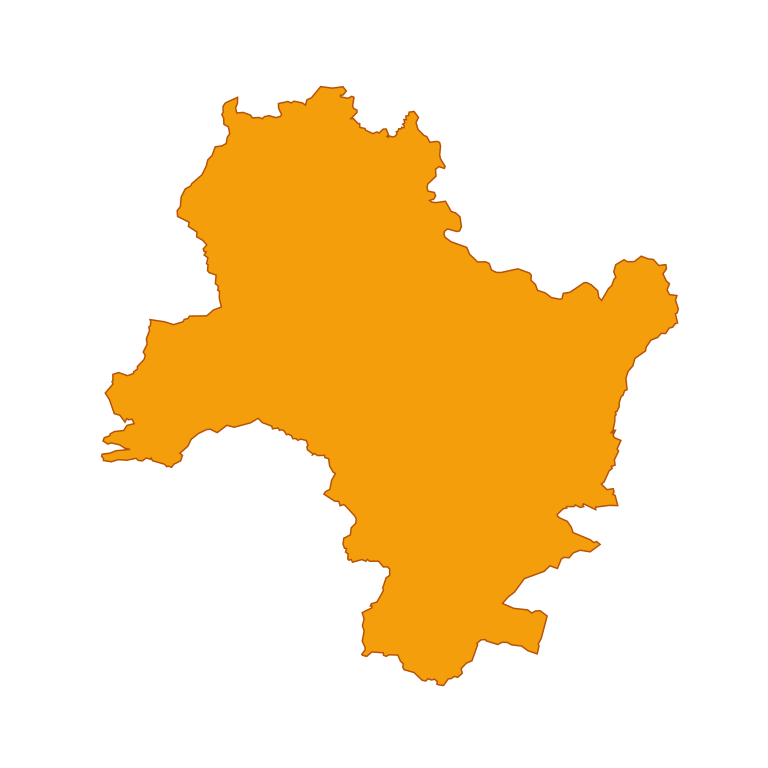 outline of Villa Guerrero, Jalisco, Mexico, rotated 19°
{"feature_id": "50627088B81366253066727", "entity_name": "Villa Guerrero", "entity_type": "district", "adm_level": 2, "iso_a3": "MEX", "parent_name": "Mexico", "parent_adm1": "Jalisco", "projection": "albers", "projection_center": [-103.71, 22.019], "detail": "fine", "context": "isolated", "style": "filled", "palette": "amber", "viewbox_px": 768, "rotation_deg": 19, "n_neighbors": 0, "source": "geoboundaries", "source_scale": "gbopen_adm2", "svg_char_len": 6170}
<svg xmlns="http://www.w3.org/2000/svg" viewBox="0 0 768 768"><g transform="rotate(19 384 384)"><path d="M396.2,542.9L397.4,548.8L400.1,552.1L402.2,551.8L402.3,555.4L405.3,556.3L406.7,561.2L408.3,562.0L410.0,560.6L412.3,562.7L420.3,557.2L424.5,557.5L425.4,555.3L428.1,556.3L436.5,553.3L443.0,557.2L446.8,555.7L449.6,557.2L451.7,563.1L449.1,566.6L449.2,577.2L450.7,579.5L448.3,592.5L443.6,595.9L443.4,598.3L444.7,597.7L445.3,599.7L437.8,607.3L441.7,612.7L442.3,619.7L445.6,623.9L447.1,634.1L452.0,639.4L452.7,641.6L451.0,646.8L452.0,647.5L456.3,647.2L459.7,641.3L470.8,638.4L472.0,640.7L474.9,640.7L476.9,638.4L485.3,635.8L489.9,640.8L493.3,642.3L493.9,645.6L496.0,647.6L506.4,647.0L516.5,651.7L520.2,651.2L521.5,648.4L525.5,648.4L527.8,646.6L531.1,647.9L531.9,650.8L537.4,650.0L538.5,649.6L540.8,641.8L543.3,640.8L545.8,637.5L549.2,637.4L552.2,631.9L549.6,628.1L552.7,621.2L557.3,617.0L557.4,600.0L556.2,599.1L559.0,594.4L563.0,592.6L564.1,593.6L576.4,593.3L579.7,589.8L584.8,588.2L589.6,589.1L599.3,587.0L606.8,589.3L616.7,589.3L615.9,581.5L614.5,579.3L615.5,573.4L613.8,550.3L605.4,547.5L601.0,549.4L598.3,552.5L593.4,550.8L579.7,553.9L567.5,552.9L570.6,545.2L575.2,538.1L580.0,522.4L596.5,508.9L600.1,501.8L608.1,502.0L608.6,491.8L610.6,489.3L615.6,488.1L617.9,482.1L623.6,477.3L633.5,475.6L640.6,465.3L636.3,463.7L634.1,465.6L629.6,464.1L611.2,463.0L607.7,458.4L602.0,454.2L594.0,453.4L591.0,452.4L590.3,450.8L594.0,443.7L597.2,441.7L596.6,440.5L603.8,437.9L604.3,436.1L609.7,436.8L612.8,434.9L611.2,433.5L611.6,432.3L625.1,433.9L624.2,431.5L636.8,425.3L644.6,422.9L638.8,414.1L636.2,413.8L636.7,411.2L634.8,408.4L629.2,411.3L622.1,407.9L624.0,404.9L625.1,393.0L627.2,389.5L625.8,387.9L628.9,385.4L626.5,380.6L627.7,371.1L625.5,369.4L626.4,360.2L619.3,359.8L617.3,357.8L617.9,352.4L616.6,352.9L616.3,355.8L614.6,356.1L615.6,353.4L614.5,344.7L612.7,338.9L613.5,337.6L611.9,335.0L613.1,334.3L613.8,329.1L612.4,324.5L612.4,318.2L613.6,317.1L613.7,312.0L615.7,310.2L610.9,299.9L610.7,292.6L613.4,285.8L612.9,278.1L620.5,267.5L619.9,263.8L622.1,255.6L627.6,250.9L629.6,245.9L633.8,244.6L635.4,238.4L638.5,236.2L639.6,232.4L641.7,230.7L636.7,222.7L638.1,221.2L637.9,217.3L632.3,209.8L632.2,205.0L624.8,206.5L621.0,202.8L621.3,196.3L617.2,194.5L611.9,189.0L613.6,183.2L611.6,179.4L605.2,182.5L598.0,178.5L593.3,179.7L585.6,179.4L580.9,186.7L574.6,189.1L570.5,188.4L564.3,195.7L564.7,203.1L568.5,207.7L567.4,209.9L567.3,216.8L565.2,220.7L562.5,234.2L558.8,232.1L555.7,226.2L547.8,222.8L542.6,222.1L540.2,223.1L530.0,236.7L524.0,239.9L524.5,245.4L522.8,246.6L514.1,247.8L506.9,245.4L498.6,245.4L494.8,240.6L489.2,238.1L487.8,233.1L485.4,231.7L473.1,231.5L458.5,240.4L453.8,241.9L448.5,241.2L444.2,235.8L440.3,235.4L432.8,238.1L422.7,233.5L417.8,227.9L401.2,227.7L394.0,225.4L391.9,222.8L391.5,220.0L393.5,216.7L403.3,216.1L405.7,214.5L406.0,210.0L401.4,201.2L396.0,198.9L391.4,199.0L382.6,191.2L374.3,195.5L369.9,196.5L367.3,195.6L370.9,192.9L371.6,189.4L369.3,186.5L362.8,187.3L360.7,184.2L360.3,180.6L365.5,170.6L362.8,164.1L365.2,160.6L370.9,160.5L371.0,158.4L364.1,152.7L362.1,149.4L360.0,140.6L357.9,137.5L355.2,137.3L348.6,140.5L344.0,136.2L340.7,135.9L333.2,132.2L329.2,126.4L329.8,120.7L323.6,116.5L319.3,118.8L319.8,122.1L317.4,123.6L319.1,126.8L316.7,127.5L318.7,130.3L317.0,132.3L319.3,133.3L319.5,135.2L317.1,135.5L317.2,137.2L314.9,137.8L314.8,140.8L313.5,141.4L314.9,143.5L313.7,146.3L311.7,147.7L308.2,147.7L307.7,149.5L306.2,149.1L307.1,146.9L303.1,142.2L300.3,143.2L297.6,148.3L295.1,148.0L292.0,150.9L284.0,150.0L282.8,148.6L277.6,149.2L276.2,145.7L274.6,146.2L268.6,143.0L266.3,143.8L270.1,136.0L269.2,133.8L265.8,133.4L263.9,131.7L262.3,122.7L259.8,122.5L256.9,125.6L249.5,126.6L248.7,125.0L251.0,124.3L253.0,119.3L248.4,116.3L238.8,121.1L227.3,123.4L222.2,137.0L218.6,140.4L218.9,145.9L215.4,144.8L206.8,145.9L204.8,148.5L201.1,148.2L192.9,153.2L194.5,157.5L199.5,162.7L199.0,164.6L195.2,167.3L188.2,167.7L184.0,170.0L182.7,172.7L179.0,172.7L173.0,175.2L170.1,173.2L162.3,173.1L156.6,175.7L153.8,171.3L154.1,166.4L152.2,160.6L142.5,169.9L141.4,173.9L143.5,179.5L142.9,182.0L145.8,184.8L148.1,190.6L153.1,191.5L156.6,197.5L155.5,201.7L156.5,208.0L153.2,211.6L147.2,214.7L147.1,223.7L144.4,229.5L145.0,235.7L143.8,245.4L137.0,257.2L136.7,259.7L132.6,264.2L131.3,273.2L133.7,282.5L132.0,287.4L134.3,292.8L147.1,294.5L147.7,298.7L157.7,301.2L158.9,305.8L166.0,307.2L171.2,310.3L169.1,315.1L170.6,317.2L172.9,317.0L171.9,320.6L176.4,322.0L177.0,328.0L178.8,328.5L180.2,334.2L182.3,335.6L189.8,335.7L191.9,344.1L194.4,344.8L196.1,347.0L196.1,349.4L198.2,349.8L200.4,356.7L205.2,364.1L198.6,369.6L194.2,377.3L178.0,383.1L177.4,385.9L174.1,387.9L173.7,390.6L165.7,396.4L156.3,396.6L141.8,399.3L143.3,401.2L144.1,405.1L143.1,406.7L144.9,409.8L144.6,418.6L147.1,423.5L145.9,432.2L149.1,434.8L149.1,439.1L145.1,447.8L146.0,450.0L143.3,454.0L143.7,455.6L138.9,459.6L129.3,459.6L124.5,463.2L126.5,468.8L126.1,470.5L127.8,472.1L123.4,483.3L129.6,488.3L138.7,499.9L144.4,499.5L151.5,504.4L152.2,500.3L154.3,500.9L157.3,499.3L160.6,502.9L154.5,506.8L153.0,512.7L144.5,516.8L141.3,520.4L141.6,522.2L137.0,525.8L136.9,529.4L142.6,530.7L144.9,528.6L154.1,527.6L159.6,529.1L165.2,528.5L152.4,534.3L147.1,538.8L140.3,542.1L140.6,544.5L142.9,545.6L143.6,547.7L151.6,546.3L157.2,542.1L165.6,539.8L173.8,535.0L176.5,536.3L180.6,535.3L183.3,531.4L187.6,531.2L187.9,529.8L190.1,531.9L202.6,531.3L205.5,532.9L206.7,531.8L210.2,532.0L211.5,528.2L216.7,522.9L216.7,517.0L213.5,516.1L218.8,506.7L219.7,499.0L224.7,491.2L230.9,485.0L234.4,483.3L242.1,484.3L248.9,474.2L256.5,473.6L270.4,464.2L276.2,457.4L281.5,460.1L291.6,460.4L293.2,462.7L298.2,460.0L300.2,461.9L302.2,460.5L304.8,460.9L308.3,463.7L309.8,462.6L313.3,463.0L315.6,465.4L318.7,464.3L320.7,465.3L323.4,463.2L328.9,462.7L332.1,466.7L331.5,468.5L333.1,471.2L339.3,473.2L339.4,474.3L341.1,472.4L344.4,473.3L350.9,470.9L352.1,472.8L356.0,472.7L359.2,479.1L364.4,483.8L367.2,484.5L365.8,492.1L367.1,501.2L363.7,504.9L363.0,507.7L375.5,510.8L379.5,509.7L382.1,513.4L385.1,511.2L387.0,511.6L399.5,518.4L401.8,520.9L402.6,524.9L399.8,530.7L401.3,537.6L396.2,542.9Z" fill="#f59e0b" stroke="#b45309" stroke-width="1.5"/></g></svg>